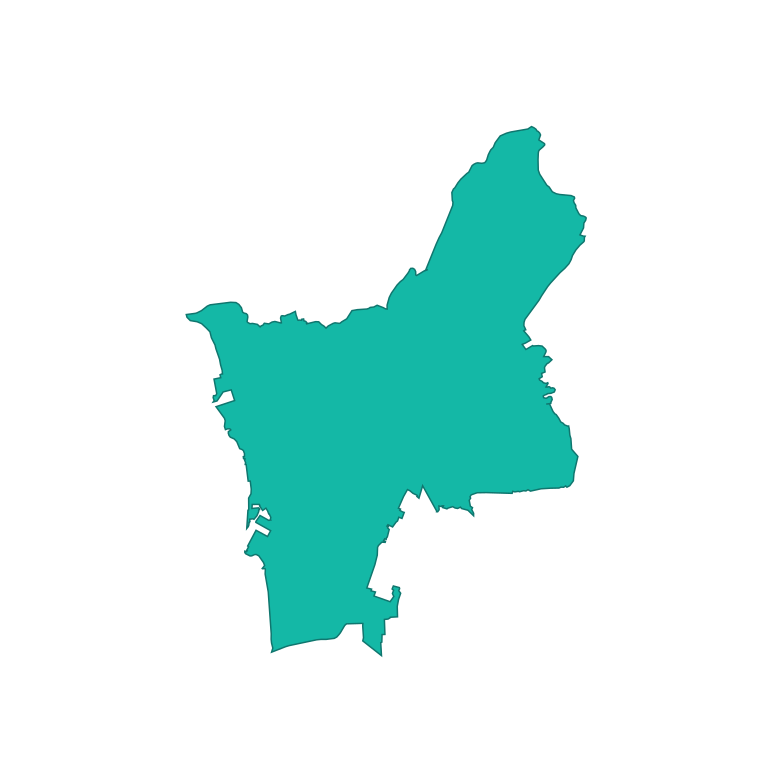 the district of Kota Cirebon, Jawa Barat, Indonesia, rotated 197°
{"feature_id": "22746128B80288264799633", "entity_name": "Kota Cirebon", "entity_type": "district", "adm_level": 2, "iso_a3": "IDN", "parent_name": "Indonesia", "parent_adm1": "Jawa Barat", "projection": "orthographic", "projection_center": [108.552, -6.744], "detail": "fine", "context": "isolated", "style": "filled", "palette": "teal", "viewbox_px": 768, "rotation_deg": 197, "n_neighbors": 0, "source": "geoboundaries", "source_scale": "gbopen_adm2", "svg_char_len": 6169}
<svg xmlns="http://www.w3.org/2000/svg" viewBox="0 0 768 768"><g transform="rotate(197 384 384)"><path d="M584.9,396.5L593.4,392.6L591.9,390.2L587.8,388.0L580.9,388.9L576.1,388.4L570.3,385.6L565.7,383.0L562.6,377.8L557.0,371.9L555.0,368.5L548.5,359.6L545.8,354.4L542.8,349.8L541.4,346.4L542.2,346.1L543.5,344.9L542.0,342.3L548.0,339.0L541.1,325.8L541.6,323.7L543.6,323.0L543.4,321.0L541.6,318.6L542.1,316.8L538.7,319.0L535.5,329.4L528.4,333.7L522.0,324.5L538.0,313.2L526.6,304.6L525.1,302.4L524.2,296.8L522.3,294.0L520.5,295.4L518.5,296.0L517.3,295.6L517.1,295.1L518.9,293.0L518.5,291.4L517.2,289.5L515.4,288.2L511.2,287.7L507.9,285.8L503.1,280.0L500.5,279.8L499.0,279.2L497.1,276.7L496.3,274.0L497.3,273.4L496.6,271.8L495.2,272.1L494.9,271.6L495.5,271.0L493.4,268.4L493.2,266.5L492.3,266.7L485.5,251.4L483.5,252.0L480.2,244.6L479.1,240.1L480.1,235.3L476.9,225.2L476.7,223.9L477.2,223.5L473.0,205.7L472.1,207.9L472.0,209.7L472.6,211.8L472.1,212.1L472.4,212.9L472.0,213.3L473.0,215.4L469.8,216.8L468.8,216.6L467.0,220.8L466.5,225.3L467.0,226.8L466.2,227.5L466.6,228.2L467.7,228.9L473.9,226.4L474.8,230.3L468.1,232.4L467.3,231.7L467.4,231.1L463.1,227.6L460.6,230.7L458.2,228.6L456.2,226.0L455.7,226.1L453.2,223.3L453.1,221.4L452.5,220.8L454.4,219.9L464.1,222.0L466.3,215.1L466.1,214.2L449.5,210.6L450.8,204.1L463.6,206.7L467.0,189.2L465.9,188.7L466.7,184.8L466.1,184.7L466.4,183.4L468.2,183.4L467.8,182.1L466.6,181.2L461.8,180.4L460.2,181.0L458.2,182.8L456.5,183.6L453.5,183.1L447.0,178.0L445.1,175.5L446.5,171.9L446.1,171.8L443.8,172.7L443.2,171.8L442.1,167.5L433.9,151.3L418.8,112.1L417.3,106.9L415.8,103.4L413.1,98.9L413.1,94.7L401.2,104.1L398.2,106.1L373.6,119.7L369.5,121.4L364.6,122.9L357.2,126.2L355.2,128.2L353.9,131.0L353.0,133.3L351.0,141.6L349.7,143.7L335.5,148.5L334.2,148.8L333.6,146.4L329.4,135.3L329.2,132.1L307.0,123.5L311.5,135.7L310.6,136.5L312.6,143.8L309.9,144.8L314.8,159.0L311.4,160.4L309.6,162.5L309.7,162.8L303.0,165.3L306.3,175.2L307.1,182.2L306.9,188.8L309.5,190.7L309.2,192.8L309.8,193.8L316.0,193.6L316.3,190.3L314.5,189.6L314.7,186.1L312.5,183.7L314.5,177.6L331.6,178.3L331.4,182.6L335.9,182.4L335.9,184.2L340.8,183.9L339.9,208.5L340.4,218.4L342.4,225.9L342.1,227.9L339.8,232.1L336.6,232.9L336.6,234.0L338.6,234.0L338.1,236.2L336.5,236.1L336.6,238.0L336.1,238.6L336.5,246.4L338.6,247.5L338.2,249.0L339.6,249.0L339.1,250.6L334.0,249.8L332.1,255.4L331.0,257.0L330.9,260.9L327.5,260.7L327.1,267.1L328.8,267.1L332.0,267.8L331.7,269.2L333.9,269.4L332.4,282.1L330.7,289.9L328.1,289.5L324.3,287.9L319.9,287.3L319.5,287.0L319.7,286.1L317.2,285.0L317.3,298.0L296.5,277.9L296.4,277.2L295.3,277.5L294.5,279.8L295.8,283.4L293.0,283.6L293.0,284.4L291.5,284.9L291.6,283.0L287.3,283.0L286.4,284.1L282.4,286.8L279.8,286.2L277.2,286.5L274.9,288.6L273.4,287.6L266.8,287.8L259.8,284.2L260.5,286.6L263.4,289.6L263.2,291.6L265.7,292.4L268.5,297.7L267.8,300.2L268.8,301.2L268.2,303.5L263.2,307.2L254.3,310.1L229.5,316.9L229.5,319.0L227.3,319.1L224.2,320.6L222.8,320.6L219.3,322.8L217.0,323.2L215.4,325.0L212.6,324.4L203.2,329.7L194.7,332.9L186.2,335.7L184.6,337.1L182.0,337.8L180.5,339.6L178.9,338.8L176.6,341.1L174.6,346.8L176.2,354.0L177.4,371.4L185.5,376.5L189.3,386.4L191.3,389.4L193.8,395.4L195.1,397.7L195.3,397.4L199.5,397.7L200.9,398.7L203.9,399.4L206.9,402.4L210.4,405.1L211.9,405.4L214.3,407.1L220.0,413.5L223.0,412.2L218.8,414.2L219.0,415.5L218.6,418.3L219.7,420.2L220.8,420.8L222.6,420.2L224.5,417.9L225.7,417.6L227.4,417.6L228.2,419.1L227.5,420.1L225.2,421.8L225.0,422.5L221.5,424.0L218.8,426.2L218.6,428.5L220.0,429.6L221.5,429.7L223.5,428.8L224.5,429.6L225.4,429.7L227.2,428.7L228.2,428.5L227.3,432.5L227.8,433.1L229.2,431.9L231.9,431.8L232.8,432.2L233.1,432.6L236.4,433.3L237.2,434.4L234.8,437.2L236.4,440.2L233.5,442.6L235.3,446.5L235.2,448.0L234.0,451.2L232.8,452.3L230.5,456.3L234.6,458.3L239.3,456.9L238.5,462.2L238.9,463.6L239.9,464.5L243.9,466.5L247.4,465.9L252.3,464.0L253.1,464.2L258.4,458.5L263.4,462.3L260.7,464.5L256.5,469.0L259.3,471.5L265.9,475.7L265.4,476.5L264.3,477.3L267.3,480.7L268.1,483.8L268.1,487.0L260.3,509.3L259.1,514.4L256.0,524.9L254.2,529.4L248.2,542.0L244.9,547.5L242.3,553.1L241.4,557.6L241.3,562.0L239.7,568.3L237.2,574.1L234.6,578.3L234.3,579.4L235.2,582.7L234.9,584.1L236.6,583.7L240.2,583.9L238.8,591.6L239.9,596.3L239.0,599.6L239.2,601.9L240.0,602.5L242.2,602.9L245.2,602.6L247.4,603.8L252.0,608.5L252.9,610.9L255.4,613.1L256.5,615.0L256.0,617.4L256.7,618.5L260.2,618.9L271.4,616.6L274.9,616.3L279.2,617.0L283.7,620.7L286.3,621.6L296.4,630.1L299.0,633.6L302.3,643.6L304.0,650.1L304.2,651.9L303.8,653.3L301.1,657.6L300.2,659.7L300.8,660.8L307.3,662.7L307.1,667.9L308.5,669.5L310.5,670.6L311.6,670.7L313.2,672.1L315.5,672.9L318.2,673.3L321.0,669.9L336.4,662.1L340.3,659.6L345.4,655.2L348.2,647.3L348.7,642.3L350.3,639.2L350.8,636.9L351.3,633.7L351.3,628.3L351.9,626.1L352.5,625.0L353.9,624.2L355.2,623.6L359.0,622.9L360.5,622.1L362.3,620.4L363.6,618.6L364.9,611.3L366.3,609.5L370.3,602.6L372.1,598.1L373.6,592.4L374.6,590.7L375.1,587.0L372.3,579.4L371.2,578.0L370.5,574.9L373.0,545.5L374.1,540.1L375.0,533.0L377.5,504.7L375.5,506.3L377.5,504.6L378.2,504.4L384.5,497.3L385.5,497.6L386.6,500.8L388.3,502.6L390.2,503.1L392.2,502.4L393.0,500.4L392.8,499.7L393.6,496.8L396.3,489.5L398.3,486.7L400.4,482.5L403.5,473.0L404.3,468.3L404.1,460.3L402.9,456.6L404.7,456.3L406.9,456.8L413.6,457.3L416.3,454.6L419.6,453.2L420.6,451.9L422.3,450.7L431.2,447.3L436.1,444.8L438.7,435.4L442.6,431.1L443.7,429.4L444.5,428.9L448.7,428.2L450.4,427.1L454.3,423.2L455.8,420.5L458.3,421.8L461.2,422.6L464.6,424.4L467.7,423.6L476.1,418.6L475.3,419.8L477.2,421.0L479.0,421.0L479.9,422.7L481.7,421.8L481.4,420.8L483.5,420.4L484.9,419.7L484.7,419.4L488.4,424.5L490.0,427.5L495.1,422.8L495.8,422.6L498.8,420.0L501.5,419.5L502.2,418.8L502.2,416.8L500.0,412.5L500.4,412.2L506.6,411.9L509.2,410.5L511.7,407.8L516.2,407.1L517.1,404.7L518.4,403.8L519.2,402.4L522.5,404.0L527.4,403.5L529.8,402.5L532.3,403.0L533.2,403.6L533.8,408.2L534.7,410.1L536.3,411.0L538.5,410.9L540.1,411.3L542.7,415.3L546.1,417.7L549.4,418.6L554.6,417.3L573.4,408.9L575.8,406.8L580.0,400.8L583.6,397.4L584.9,396.5Z" fill="#14b8a6" stroke="#0f766e" stroke-width="1.5"/></g></svg>